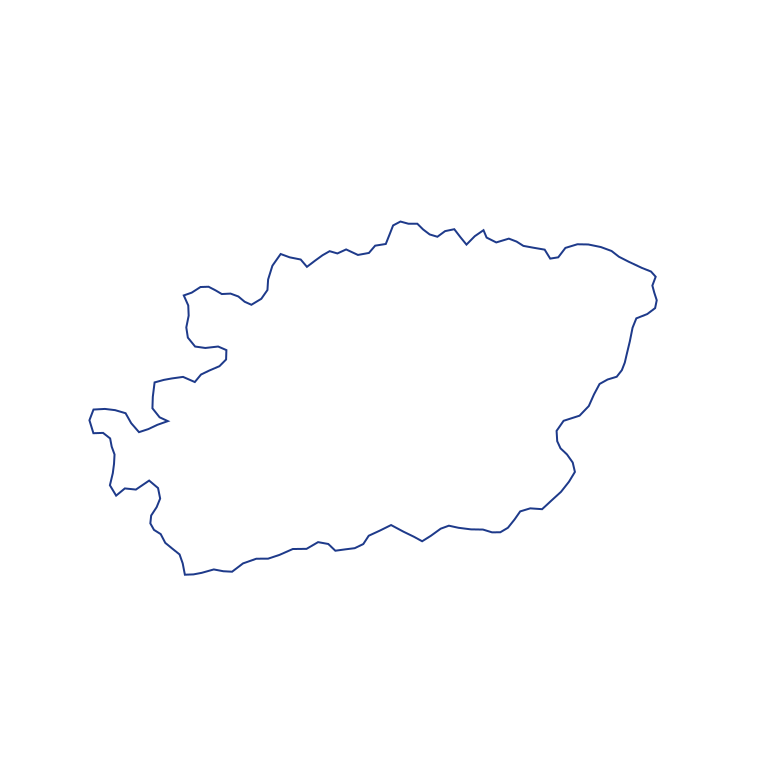 the district of São José da Varginha, Minas Gerais, Brazil, rotated 229°
{"feature_id": "56859067B73320463748486", "entity_name": "São José da Varginha", "entity_type": "district", "adm_level": 2, "iso_a3": "BRA", "parent_name": "Brazil", "parent_adm1": "Minas Gerais", "projection": "natural_earth1", "projection_center": [-44.552, -19.7], "detail": "fine", "context": "isolated", "style": "outline", "palette": "blue", "viewbox_px": 768, "rotation_deg": 229, "n_neighbors": 0, "source": "geoboundaries", "source_scale": "gbopen_adm2", "svg_char_len": 2302}
<svg xmlns="http://www.w3.org/2000/svg" viewBox="0 0 768 768"><g transform="rotate(229 384 384)"><path d="M535.7,211.9L526.0,201.1L517.6,193.3L506.1,192.8L497.8,196.5L501.9,186.1L504.6,176.5L508.4,167.5L520.3,167.5L531.5,169.8L540.7,163.9L548.3,157.0L555.3,148.0L549.9,137.9L537.5,132.4L531.4,139.9L522.6,141.6L515.4,137.4L507.6,134.4L500.8,127.8L494.6,120.8L487.4,110.7L475.5,108.6L475.2,119.9L467.1,127.5L465.2,143.4L453.7,145.2L444.4,139.9L440.2,131.6L437.5,122.0L432.1,116.2L424.8,114.7L417.2,117.0L407.6,114.7L398.8,116.2L389.5,117.9L380.7,114.4L370.7,108.6L365.3,115.3L361.1,122.5L355.7,133.9L348.1,139.9L342.0,146.2L341.1,159.9L335.9,173.0L328.2,182.0L323.6,193.0L319.3,206.9L310.4,217.4L307.9,230.5L299.8,237.0L290.1,237.9L284.4,246.6L279.3,254.2L276.8,263.4L279.5,272.9L276.1,284.6L272.9,296.8L259.8,301.8L249.0,306.4L240.3,309.6L238.7,319.7L237.6,331.9L234.5,340.0L226.6,345.9L217.3,354.2L209.2,363.2L201.2,368.2L195.8,374.5L194.2,383.2L196.1,393.6L198.5,403.2L194.2,412.8L185.8,421.2L186.2,434.0L186.5,446.9L188.9,459.5L192.4,470.4L200.9,474.9L210.8,475.9L219.6,475.0L227.2,477.2L235.4,483.5L238.4,495.4L231.8,510.8L233.0,524.1L238.4,535.7L242.6,546.7L240.7,555.7L236.8,564.4L238.4,572.6L242.2,579.8L247.2,586.7L254.9,597.5L263.4,608.5L268.0,617.5L264.1,628.5L263.4,638.4L268.3,644.8L275.6,647.9L282.2,651.1L286.7,659.4L293.7,659.3L302.4,654.8L315.5,649.0L325.9,644.8L335.1,643.0L345.1,637.5L355.3,629.7L362.6,621.6L367.7,610.2L365.3,598.6L369.6,591.7L380.0,593.4L388.8,586.2L396.8,579.8L404.5,577.5L411.8,573.6L417.2,561.6L427.2,557.5L434.8,560.0L436.0,549.5L435.1,537.7L444.8,538.0L454.7,538.6L459.3,530.4L460.1,520.9L466.9,516.6L475.0,514.9L483.1,514.3L488.9,507.6L495.8,503.0L497.7,494.9L493.4,486.7L488.5,477.2L494.2,468.1L492.8,458.6L498.5,449.0L510.4,443.7L513.1,434.5L519.9,430.1L521.5,422.1L522.3,413.1L523.0,402.7L532.6,402.8L541.5,395.9L549.9,391.3L546.5,377.4L538.9,365.1L531.4,357.7L528.8,347.3L530.8,335.9L537.5,332.8L545.6,331.5L552.9,327.5L558.3,320.6L565.2,318.3L572.5,315.4L577.6,309.1L579.1,298.8L582.2,291.0L571.7,287.8L563.7,281.4L556.4,271.9L547.7,266.4L536.2,266.0L528.4,272.8L521.1,283.4L513.0,287.3L506.1,280.9L505.4,271.5L508.8,260.9L511.2,252.1L509.6,242.5L521.2,237.0L527.4,227.5L531.5,220.6L535.7,211.9Z" fill="none" stroke="#1e3a8a" stroke-width="2"/></g></svg>